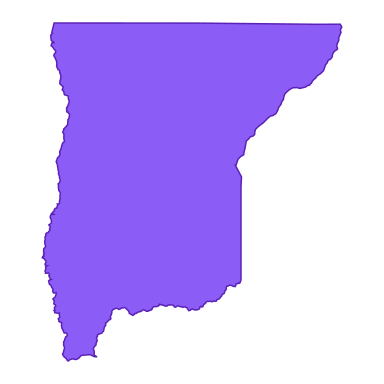 Amarante do Maranhão, Maranhão, Brazil (Mercator projection)
{"feature_id": "56859067B54361622424069", "entity_name": "Amarante do Maranhão", "entity_type": "district", "adm_level": 2, "iso_a3": "BRA", "parent_name": "Brazil", "parent_adm1": "Maranhão", "projection": "mercator", "projection_center": [-46.679, -5.381], "detail": "fine", "context": "isolated", "style": "filled", "palette": "violet", "viewbox_px": 384, "rotation_deg": 0, "n_neighbors": 0, "source": "geoboundaries", "source_scale": "gbopen_adm2", "svg_char_len": 5737}
<svg xmlns="http://www.w3.org/2000/svg" viewBox="0 0 384 384"><path d="M58.0,69.6L59.3,70.1L59.7,70.9L59.6,72.0L60.1,73.7L61.1,76.0L60.7,77.4L60.6,79.6L60.0,80.6L59.8,83.6L60.4,84.4L61.4,85.1L63.3,87.1L62.2,89.8L63.6,91.3L64.0,92.7L64.2,94.1L64.7,94.9L65.9,95.1L66.7,95.5L68.0,95.8L68.4,97.0L68.3,98.4L68.7,99.9L69.3,101.3L68.8,103.2L68.2,104.6L67.9,106.1L66.8,107.3L66.5,108.5L67.0,109.5L66.5,110.8L66.9,112.0L68.2,112.2L68.4,113.2L69.4,113.9L69.5,115.2L68.8,118.7L67.9,119.7L67.9,121.4L67.7,122.6L67.7,123.9L67.5,125.0L66.7,125.6L66.3,126.7L65.4,127.1L64.7,128.1L63.8,128.8L63.6,130.3L62.9,131.5L62.9,132.7L63.9,133.9L63.9,136.2L63.8,138.1L64.5,141.5L63.1,142.5L62.4,143.7L61.5,146.4L61.4,147.9L60.2,150.4L59.7,151.7L59.7,152.8L60.1,154.1L59.2,156.2L57.4,158.0L56.9,160.0L56.2,161.3L56.6,162.9L57.4,164.6L57.6,166.8L58.1,168.1L57.9,169.5L58.8,172.0L58.4,172.9L58.6,174.2L59.5,176.2L59.4,177.7L60.1,179.3L59.9,181.7L59.2,182.9L58.1,183.9L58.5,185.8L58.4,187.9L58.9,190.6L60.2,192.5L60.4,193.8L60.0,194.9L60.0,198.1L59.8,199.9L59.4,201.2L59.6,203.2L58.5,204.1L57.3,204.0L57.7,205.1L57.1,206.5L56.6,208.1L55.2,208.4L54.3,209.6L54.2,211.0L53.3,211.6L52.1,213.0L52.8,213.8L53.7,214.3L52.3,214.5L51.4,213.9L50.8,215.0L50.2,216.6L50.3,218.0L51.0,218.9L51.2,219.9L51.5,221.9L51.2,223.1L50.3,224.1L49.0,224.6L49.1,225.6L50.2,226.4L50.2,227.6L49.5,228.6L49.9,230.2L48.5,231.7L47.9,232.9L46.5,233.0L45.7,234.2L46.0,235.7L45.1,236.7L45.0,237.8L45.3,239.3L44.9,240.3L44.7,241.4L45.0,244.5L45.5,245.4L45.4,246.9L44.9,247.7L43.8,248.7L43.6,249.9L43.8,250.8L43.5,252.0L44.4,253.0L43.5,254.1L43.7,255.2L44.1,256.0L42.8,256.4L42.3,257.8L43.6,258.3L44.4,259.0L44.9,259.8L45.6,260.5L46.2,261.7L45.0,264.1L45.3,265.1L47.3,265.7L46.2,266.1L45.5,266.9L45.9,268.5L45.0,271.1L45.6,272.2L45.4,273.2L46.7,273.4L48.2,272.8L49.0,273.4L49.5,274.4L48.8,275.5L49.6,277.5L50.4,278.7L51.3,279.5L49.6,280.0L48.6,280.8L49.0,282.2L49.1,283.5L49.6,284.5L50.8,285.1L51.3,286.0L51.6,287.4L52.7,288.5L53.0,289.9L52.6,291.0L52.9,291.9L53.8,293.1L56.0,292.6L56.2,294.1L55.7,295.2L55.4,296.7L52.9,298.9L53.6,300.2L54.3,300.8L53.8,303.9L55.3,304.8L55.8,305.9L55.0,306.8L54.3,308.0L54.7,309.2L54.9,310.4L54.0,310.5L54.7,311.4L54.7,312.6L55.7,312.9L58.0,313.2L59.4,313.0L59.2,314.7L59.6,316.0L59.7,317.4L58.2,318.8L58.8,320.1L58.9,321.4L59.8,322.0L61.7,322.7L61.4,325.4L62.0,328.5L62.7,329.2L63.1,330.6L64.2,333.0L65.5,333.0L66.7,333.4L67.3,334.7L67.1,335.8L65.7,336.8L64.7,339.5L64.5,340.6L63.7,341.6L63.6,345.0L64.0,346.2L64.6,347.1L64.3,349.1L63.9,350.0L63.4,352.5L62.5,354.1L63.2,355.5L64.1,356.8L64.8,357.5L66.0,358.2L67.2,360.2L68.2,361.0L70.3,359.4L73.1,358.8L74.6,359.4L76.0,359.5L77.0,359.2L78.4,358.4L79.4,357.5L80.1,356.6L81.1,355.7L82.0,355.3L89.5,354.7L90.7,354.8L94.1,356.6L97.0,356.9L94.5,355.3L94.1,354.1L94.3,352.5L94.1,350.8L93.5,349.7L93.5,348.5L94.0,347.2L94.7,346.3L95.9,345.2L96.3,342.4L97.0,341.4L97.2,340.4L96.5,338.2L96.6,337.2L97.4,336.7L97.4,335.5L97.9,334.4L98.9,334.2L100.2,333.6L101.6,333.3L102.2,332.4L103.5,331.2L104.3,327.4L105.8,324.9L105.5,323.4L106.4,322.5L107.5,321.8L108.0,321.0L108.9,320.0L110.3,319.5L110.9,318.6L110.3,316.9L111.8,313.2L111.8,311.2L112.6,310.1L113.6,309.1L114.6,308.9L116.6,308.2L117.6,308.5L118.7,309.4L119.9,309.1L120.9,308.6L122.0,307.8L123.2,307.9L125.0,307.6L125.9,308.3L126.5,309.1L127.8,310.1L129.2,312.1L129.2,313.3L132.8,315.4L134.2,314.5L134.6,313.6L135.8,313.6L139.0,311.7L140.2,311.7L141.4,311.2L142.4,310.1L143.6,309.8L145.1,310.4L146.4,311.3L148.1,311.2L149.4,310.5L150.8,310.2L151.9,309.5L152.4,307.9L153.1,307.1L154.4,306.6L156.8,306.6L157.7,306.3L159.1,305.5L159.1,304.3L160.1,304.3L160.9,304.9L161.9,304.7L162.8,305.2L164.0,305.4L165.0,306.1L167.1,306.0L168.2,305.0L169.5,305.1L171.8,304.8L173.4,305.3L173.9,306.3L174.8,307.1L175.8,307.1L176.5,306.5L177.2,306.0L178.3,305.9L179.9,306.6L181.7,306.8L182.8,307.3L184.4,306.8L186.7,307.6L188.9,310.7L190.2,310.3L191.3,309.4L192.2,309.0L193.5,309.4L195.0,310.0L196.6,309.9L198.4,309.5L199.6,308.6L199.8,307.3L200.7,306.3L201.6,306.9L202.8,306.8L203.7,304.4L205.4,303.5L205.8,302.5L207.0,301.4L211.1,301.4L212.2,301.8L213.4,301.0L215.0,301.3L216.5,301.0L216.9,299.7L219.2,298.9L220.6,297.1L221.5,296.2L222.1,294.7L223.0,294.0L224.0,293.5L224.6,292.4L224.9,290.8L225.7,290.2L226.3,289.1L226.2,287.5L226.6,286.4L227.7,286.2L228.5,285.7L229.6,285.2L230.8,285.3L231.9,285.6L233.1,286.3L235.1,286.6L235.8,285.5L235.9,284.3L236.7,283.5L237.6,283.7L238.4,283.2L239.6,283.3L240.2,282.3L240.8,280.6L241.0,279.4L241.0,186.4L241.5,176.9L235.2,165.0L236.2,164.8L237.5,160.7L238.2,159.1L240.7,156.5L243.7,154.8L244.0,152.2L245.0,148.3L246.3,141.0L248.5,139.1L250.3,136.8L252.9,136.1L254.6,134.5L254.8,132.3L255.4,129.5L257.4,127.4L259.9,125.3L263.3,122.8L268.0,118.0L270.5,116.0L273.0,115.5L275.8,113.7L277.7,110.4L278.6,107.6L281.1,104.1L281.8,101.5L283.3,99.8L284.0,96.1L285.1,93.5L289.1,89.9L292.6,87.8L297.6,87.6L299.0,88.2L300.0,88.4L304.9,87.2L306.3,86.6L307.5,85.5L309.4,85.3L310.3,84.1L311.4,83.2L312.5,80.9L313.9,79.5L315.8,77.9L316.8,76.2L319.2,74.4L320.5,73.7L323.5,70.7L325.5,65.0L327.4,62.5L327.8,60.9L328.7,60.0L330.5,59.2L331.9,57.4L332.3,56.4L332.4,55.1L332.8,53.6L334.5,51.2L335.8,50.4L337.5,49.1L337.4,47.9L336.8,46.7L336.8,45.7L337.0,44.6L337.3,43.4L337.8,42.6L338.8,40.2L338.9,39.2L338.5,38.2L339.7,35.6L340.3,33.8L341.0,32.6L340.7,31.7L340.5,30.8L340.6,29.8L340.8,28.7L341.7,27.4L341.4,26.0L340.8,25.4L340.3,24.2L317.2,24.3L198.1,23.1L54.1,23.0L51.8,32.5L52.5,33.2L50.7,35.1L50.8,36.6L51.2,40.3L52.5,41.5L53.7,41.9L53.8,42.9L52.2,42.6L51.5,44.2L51.1,45.7L52.8,47.1L53.7,48.6L55.8,51.1L55.4,52.9L54.5,53.7L53.8,55.3L54.3,56.8L55.0,57.5L55.9,59.9L56.6,60.8L56.5,62.0L56.9,63.3L56.6,66.2L58.0,69.6Z" fill="#8b5cf6" stroke="#5b21b6" stroke-width="1.5"/></svg>